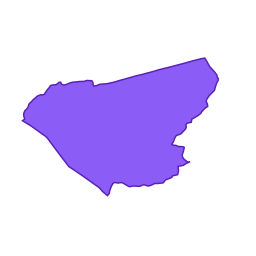 North Mugirango, Nyanza, Kenya (Albers equal-area conic projection), rotated 255°
{"feature_id": "3690345B98609233443148", "entity_name": "North Mugirango", "entity_type": "district", "adm_level": 2, "iso_a3": "KEN", "parent_name": "Kenya", "parent_adm1": "Nyanza", "projection": "albers", "projection_center": [34.989, -0.504], "detail": "fine", "context": "isolated", "style": "filled", "palette": "violet", "viewbox_px": 256, "rotation_deg": 255, "n_neighbors": 0, "source": "geoboundaries", "source_scale": "gbopen_adm2", "svg_char_len": 2544}
<svg xmlns="http://www.w3.org/2000/svg" viewBox="0 0 256 256"><g transform="rotate(255 128 128)"><path d="M176.2,120.0L176.3,118.5L176.7,116.6L177.2,114.0L177.4,112.7L177.5,111.7L177.2,109.2L177.1,108.3L177.1,107.4L177.4,105.7L178.9,105.6L180.8,105.9L183.1,105.3L183.3,104.4L183.8,102.8L184.6,100.5L184.4,97.8L185.0,95.1L185.4,93.5L185.7,91.7L186.0,89.4L186.3,87.7L186.6,85.9L186.5,83.7L186.4,82.4L186.1,80.2L186.0,78.8L186.1,77.1L187.6,75.1L189.7,74.8L190.0,73.3L189.4,72.2L188.4,69.8L189.1,66.2L189.0,64.1L187.4,62.3L185.6,59.7L184.0,57.8L183.0,56.7L182.1,55.9L182.1,53.9L182.7,52.3L182.5,50.0L182.1,48.1L181.2,46.8L180.5,45.1L180.1,44.3L179.8,43.5L178.5,41.7L177.6,39.9L177.0,38.9L176.2,38.1L173.9,36.8L172.5,35.0L171.4,32.9L169.4,31.3L168.3,30.8L166.1,30.4L163.4,30.6L162.3,28.0L155.5,34.5L150.3,38.8L145.6,42.6L142.2,45.5L140.3,46.9L138.4,47.8L129.3,51.4L125.8,52.8L117.3,56.2L111.8,58.5L106.1,60.8L101.4,65.0L96.5,69.2L92.9,72.3L86.7,77.4L82.7,80.7L81.9,81.4L80.2,82.8L77.7,84.8L72.9,87.2L68.0,90.7L69.0,92.2L69.9,93.0L72.3,94.2L74.7,95.9L75.7,96.6L77.2,98.0L78.4,99.2L78.9,100.8L77.4,104.2L76.9,108.0L73.9,111.1L71.5,113.4L71.0,114.2L70.8,115.2L70.7,117.7L69.9,120.5L68.8,123.3L68.7,125.4L69.0,126.4L69.2,128.3L68.6,129.5L67.4,131.2L66.7,132.4L66.7,134.8L66.8,135.9L67.1,137.8L67.5,139.2L66.8,141.9L66.6,143.0L66.5,144.2L66.0,146.9L66.0,148.0L67.1,149.4L68.2,150.8L68.3,151.8L68.4,153.7L68.6,155.0L68.8,157.3L69.5,158.0L70.2,158.7L70.2,160.7L70.1,162.4L70.1,163.9L73.6,165.7L76.2,166.2L78.0,166.4L77.8,168.9L77.6,171.3L78.0,172.9L78.7,175.2L79.4,179.2L79.6,177.0L80.3,176.3L81.8,175.2L83.8,173.8L86.1,173.1L88.3,173.5L90.0,174.8L91.4,175.6L92.8,176.4L94.7,177.3L95.7,176.2L96.4,174.1L97.2,171.8L98.8,169.8L99.6,167.4L100.9,166.1L102.7,168.1L104.6,169.5L106.9,171.2L108.3,172.9L108.3,174.9L108.7,177.7L111.3,182.0L112.3,183.5L114.2,184.7L116.0,184.5L117.1,186.0L117.3,187.9L117.1,190.6L118.9,191.4L120.3,192.2L120.4,193.7L121.2,196.3L121.8,198.5L122.5,200.3L123.2,202.0L124.4,203.1L125.4,204.7L126.4,206.1L127.5,208.2L128.1,210.5L130.4,210.9L133.8,210.4L135.5,211.7L138.3,214.9L140.4,218.5L142.0,221.3L144.4,222.6L148.5,225.3L150.4,227.2L152.3,228.0L154.2,227.3L156.4,227.6L157.9,226.8L159.9,226.1L161.8,225.0L164.1,223.9L166.0,222.8L168.6,222.2L170.8,221.7L172.9,221.1L175.6,220.3L176.0,217.2L176.0,212.8L176.1,208.2L176.0,200.6L176.0,197.1L176.1,180.6L176.2,177.7L176.3,173.1L176.1,168.5L176.1,160.0L176.1,154.9L176.3,149.4L176.1,136.8L176.1,133.2L175.9,126.2L176.2,120.0Z" fill="#8b5cf6" stroke="#5b21b6" stroke-width="1.5"/></g></svg>